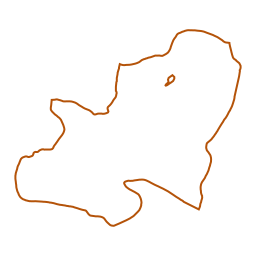 Damt, Al Dali', Yemen (orthographic projection)
{"feature_id": "15242507B35659616326925", "entity_name": "Damt", "entity_type": "district", "adm_level": 2, "iso_a3": "YEM", "parent_name": "Yemen", "parent_adm1": "Al Dali'", "projection": "orthographic", "projection_center": [44.686, 14.105], "detail": "fine", "context": "isolated", "style": "outline", "palette": "amber", "viewbox_px": 256, "rotation_deg": 0, "n_neighbors": 0, "source": "geoboundaries", "source_scale": "gbopen_adm2", "svg_char_len": 5790}
<svg xmlns="http://www.w3.org/2000/svg" viewBox="0 0 256 256"><path d="M51.7,99.9L51.2,105.0L50.9,107.0L50.8,107.9L50.8,108.9L50.9,109.8L51.4,110.6L52.1,111.6L52.7,112.2L54.2,113.7L54.9,114.4L56.7,115.7L58.2,117.1L59.0,117.6L59.8,118.4L60.4,119.1L61.0,119.9L63.2,124.8L63.5,125.7L63.8,126.7L64.1,127.6L64.3,128.6L64.4,129.6L64.2,130.6L63.9,131.5L63.6,132.4L63.1,133.4L62.1,135.0L58.9,139.1L57.1,141.8L56.0,143.3L55.5,144.1L54.8,144.9L53.7,146.5L53.4,147.5L52.9,148.3L52.2,149.0L51.4,149.3L50.3,149.5L47.3,149.5L46.3,149.5L44.3,149.6L43.4,149.3L42.4,149.3L41.5,149.5L40.6,149.9L39.5,150.4L38.1,151.7L37.3,152.0L36.4,152.0L35.4,151.9L34.5,152.2L33.7,152.9L33.4,153.7L33.2,154.6L32.6,155.6L31.8,156.1L29.1,157.0L28.2,157.0L27.2,156.6L26.2,156.4L25.3,156.5L24.4,156.8L22.6,157.5L21.9,158.0L21.0,158.9L20.6,159.7L19.4,162.7L19.1,163.6L17.8,166.2L17.5,167.1L17.1,169.0L16.5,170.9L15.9,172.8L15.7,173.8L15.6,174.8L15.4,175.7L15.4,177.7L15.4,178.8L15.8,181.8L16.0,183.8L16.2,184.8L16.3,186.6L16.4,187.6L17.2,190.7L17.5,191.6L18.4,193.4L18.7,194.4L19.1,195.2L19.6,196.0L20.1,196.8L20.7,197.5L22.2,198.7L23.0,199.2L24.9,199.9L25.7,200.3L26.7,200.5L27.8,200.8L29.6,201.2L33.3,201.3L35.2,201.2L41.8,201.6L42.8,201.7L43.9,201.8L44.8,201.8L46.7,202.0L48.9,202.3L49.9,202.6L50.8,202.6L53.8,203.2L55.9,203.8L56.9,204.1L59.1,204.6L60.0,204.8L61.0,204.9L61.9,205.0L63.0,205.2L65.1,205.5L66.7,205.9L68.5,206.1L69.0,206.3L69.9,206.3L72.2,206.7L73.3,206.9L74.2,207.3L77.6,208.3L79.6,209.0L82.4,209.8L84.3,210.2L85.3,210.4L86.1,210.8L88.1,213.5L88.6,214.2L89.5,215.0L90.2,215.5L91.2,215.7L93.4,216.0L95.5,216.3L96.5,216.3L97.5,216.3L98.4,216.4L99.3,216.5L100.3,216.6L101.3,216.9L102.2,217.2L103.2,217.7L104.0,218.3L104.6,219.0L105.8,220.7L106.6,221.7L107.4,222.5L109.9,224.8L110.8,225.3L111.8,225.6L113.8,225.8L114.8,225.4L117.8,224.1L119.0,223.6L124.9,220.9L126.0,220.4L127.8,219.5L130.1,218.3L131.1,217.6L133.0,216.4L133.8,215.8L136.1,213.5L137.8,211.8L139.3,210.1L140.2,208.2L140.6,207.3L140.9,206.4L141.2,205.4L141.2,204.4L141.4,203.5L141.5,202.4L141.2,200.4L140.9,199.2L140.6,198.3L139.8,196.5L139.3,195.6L138.7,194.7L138.1,194.1L136.3,193.0L134.5,191.9L133.3,191.3L130.9,190.0L130.0,189.6L128.3,188.5L126.5,187.1L125.9,186.5L125.3,185.6L124.2,183.6L124.2,182.7L124.8,181.9L125.6,181.5L127.5,180.9L128.4,180.7L129.3,180.8L130.6,180.9L131.6,180.8L132.6,180.8L134.5,180.4L137.4,180.0L139.3,179.7L141.6,179.6L142.5,179.6L143.7,179.7L144.7,179.9L145.7,180.2L146.7,180.6L149.6,182.0L150.8,182.7L154.6,184.7L157.4,186.0L158.4,186.4L159.3,186.9L163.1,188.7L168.1,191.4L172.8,194.5L176.3,196.9L179.1,198.6L181.1,200.0L182.0,200.4L182.8,200.9L183.7,201.8L198.8,209.4L199.7,207.2L200.0,206.4L200.3,204.3L200.5,203.4L201.0,202.4L201.2,201.5L201.4,200.5L202.0,198.6L202.2,197.7L202.1,196.8L202.1,195.8L201.6,194.8L201.3,193.9L201.0,192.7L200.9,190.7L200.7,189.8L200.6,187.5L200.7,186.3L201.1,184.2L201.9,182.3L203.4,180.1L204.3,178.8L204.9,177.9L205.7,176.0L206.3,175.0L206.9,174.0L208.5,170.4L209.3,167.5L210.0,165.6L210.2,164.5L211.0,161.7L211.0,160.8L211.1,159.7L211.0,157.8L210.5,155.7L210.1,154.8L209.6,154.1L208.5,152.4L207.9,151.6L207.2,150.8L206.7,149.9L206.5,149.0L206.2,148.0L206.2,147.1L206.3,146.1L206.6,144.2L206.9,143.3L207.6,142.6L208.4,141.9L209.3,141.2L210.7,140.0L211.7,139.0L212.4,138.0L213.1,137.2L213.7,136.4L214.3,135.6L214.9,134.6L216.0,133.2L216.4,132.4L217.3,131.2L217.8,130.2L219.4,127.5L220.5,125.7L222.2,123.0L222.8,122.2L223.9,120.2L224.4,119.4L225.6,118.0L226.1,117.2L226.7,116.3L227.9,114.1L228.8,112.2L230.1,110.2L230.4,109.4L231.4,107.5L232.2,105.7L232.5,104.7L232.9,103.6L233.8,100.6L234.1,99.7L234.5,97.7L234.5,96.8L239.1,76.3L239.9,71.1L239.7,70.2L240.1,69.6L240.4,68.7L240.6,67.8L240.6,66.8L240.6,65.9L240.2,65.0L239.3,63.2L238.6,62.6L237.0,61.3L236.3,60.7L235.8,60.0L235.0,59.5L234.1,58.9L233.3,58.0L232.9,57.2L232.0,54.4L231.8,53.4L231.5,52.4L231.1,50.6L230.1,46.7L229.9,45.8L229.7,44.8L229.5,43.8L229.4,42.9L227.9,42.7L226.0,42.5L224.9,42.2L223.5,41.4L222.3,40.3L218.8,38.0L217.4,37.1L215.4,36.2L215.0,36.0L214.5,35.8L213.2,35.1L211.9,34.6L209.7,33.8L207.8,33.1L206.4,32.6L205.7,32.3L203.8,31.6L201.6,31.1L199.9,30.9L197.7,30.7L196.9,30.6L194.6,30.3L192.5,30.3L188.0,30.2L186.7,30.4L184.8,30.9L183.9,31.3L182.9,31.6L182.0,31.9L181.2,32.3L180.4,32.7L178.7,33.3L177.7,33.9L177.0,34.6L175.6,37.0L175.1,37.7L174.4,38.5L173.9,39.4L173.4,40.1L172.2,43.0L170.8,46.9L170.5,48.1L170.1,49.1L169.5,50.3L168.4,52.0L167.8,52.7L167.0,53.3L166.0,54.0L163.2,55.5L162.1,55.9L160.2,55.7L159.1,55.5L158.2,55.6L155.2,55.6L152.4,56.6L150.7,57.2L149.8,57.4L148.7,57.6L147.8,57.9L146.9,58.3L145.9,58.5L144.8,59.0L143.8,59.2L141.6,60.2L140.8,60.9L139.2,62.1L137.2,63.0L135.4,63.6L131.5,64.5L129.4,64.8L126.5,64.9L124.6,65.1L123.6,65.1L122.7,65.0L121.8,64.8L120.8,64.5L119.8,64.1L119.0,67.5L119.0,68.5L118.5,69.8L117.6,72.9L117.6,73.9L116.8,78.0L116.8,81.3L116.4,82.0L116.0,85.8L115.9,86.9L115.9,87.9L115.9,90.9L116.4,91.7L116.6,92.6L116.6,93.5L116.3,94.5L116.2,95.4L115.9,96.4L115.6,97.3L114.0,99.3L113.3,100.3L112.3,102.1L111.2,103.7L110.0,105.1L108.6,106.4L107.9,107.1L107.6,107.9L107.6,108.9L108.4,111.5L108.0,112.4L107.2,112.8L106.3,113.2L104.5,113.7L103.5,113.8L102.5,113.8L101.6,113.6L99.6,113.6L98.7,113.6L97.7,113.7L96.8,114.0L95.9,114.3L94.9,114.5L94.0,114.3L93.3,113.8L92.0,112.3L90.5,111.1L89.8,110.6L88.9,110.1L85.0,108.6L83.3,107.7L82.4,107.1L79.0,105.1L77.3,103.8L75.6,102.8L74.6,102.4L72.7,101.8L71.5,101.5L70.4,101.4L69.5,101.3L67.6,101.3L64.9,101.4L63.8,101.4L62.8,101.2L61.9,100.8L60.1,100.2L59.2,100.0L57.1,99.4L56.2,99.4L55.3,99.6L55.0,99.7L51.7,99.9ZM166.0,85.6L165.7,85.6L165.5,85.3L166.5,83.9L167.7,83.0L168.5,81.9L168.0,79.7L168.7,77.8L172.4,75.2L174.3,77.0L174.3,78.7L173.1,81.0L170.9,82.6L169.2,83.7L167.2,85.1L166.0,85.6Z" fill="none" stroke="#b45309" stroke-width="2"/></svg>